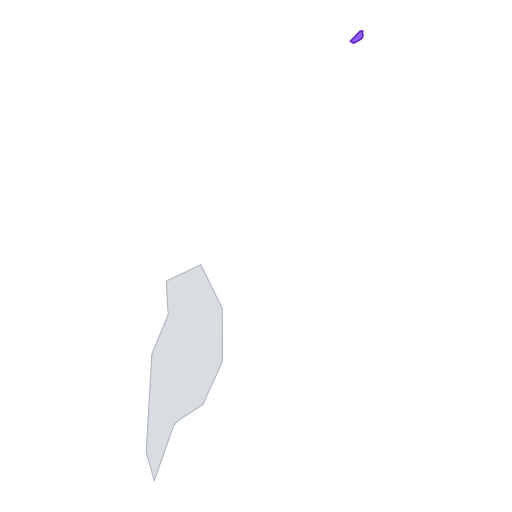 location of Ngerkeiukl, Palau, rotated 174°
{"feature_id": "81905179B11075638716817", "entity_name": "Ngerkeiukl", "entity_type": "district", "adm_level": 2, "iso_a3": "PLW", "parent_name": "Palau", "parent_adm1": "", "projection": "albers", "projection_center": [134.228, 7.009], "detail": "fine", "context": "in_parent", "style": "filled", "palette": "violet", "viewbox_px": 512, "rotation_deg": 174, "n_neighbors": 0, "source": "geoboundaries", "source_scale": "gbopen_adm2", "svg_char_len": 1082}
<svg xmlns="http://www.w3.org/2000/svg" viewBox="0 0 512 512"><g transform="rotate(174 256 256)"><path d="M347.8,240.4L311.8,253.2L295.0,207.5L300.5,154.5L324.4,113.8L350.3,100.7L355.6,96.0L380.7,43.1L385.7,72.3L369.9,169.1L349.5,206.8L347.8,240.4Z" fill="#d9dde1" stroke="#a8b0b8" stroke-width="1"/><path d="M139.7,459.8L136.8,457.4L136.6,457.6L136.3,457.7L136.1,457.8L135.8,457.9L135.4,458.0L135.2,458.1L134.8,458.2L134.5,458.3L134.0,458.5L133.8,458.6L133.4,458.7L133.1,458.8L132.9,458.9L132.4,459.2L132.3,459.3L132.0,459.3L131.7,459.4L131.5,459.5L131.2,459.6L130.7,459.8L130.1,460.1L129.7,460.4L129.2,460.6L128.8,460.8L128.5,461.0L128.3,461.2L128.0,461.4L127.9,461.5L127.7,461.8L127.5,462.1L127.4,462.2L127.4,462.4L127.3,462.5L127.1,462.7L127.1,462.8L127.0,463.1L126.8,463.5L126.7,463.6L126.6,463.9L126.6,464.2L126.5,464.3L126.5,464.6L126.6,464.9L126.6,465.0L126.8,465.1L127.0,465.4L127.0,465.6L126.9,465.8L126.9,466.2L126.6,467.0L126.6,467.3L126.5,467.5L126.4,467.9L126.3,468.3L126.3,468.5L128.7,468.9L139.7,459.8Z" fill="#8b5cf6" stroke="#5b21b6" stroke-width="1.5"/></g></svg>